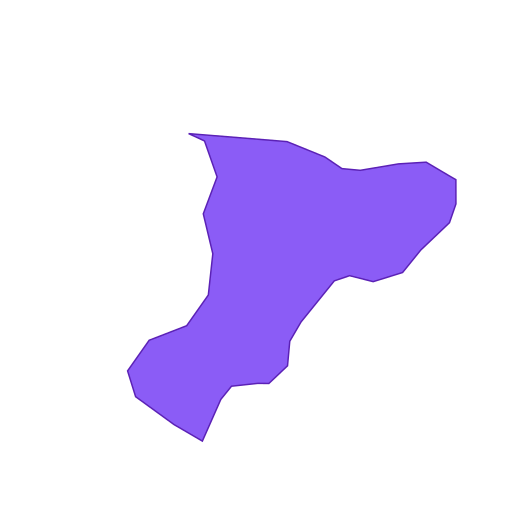 Guri-si, Gyeonggi, South Korea, rotated 219°
{"feature_id": "91817680B5684950588758", "entity_name": "Guri-si", "entity_type": "district", "adm_level": 2, "iso_a3": "KOR", "parent_name": "South Korea", "parent_adm1": "Gyeonggi", "projection": "orthographic", "projection_center": [127.129, 37.591], "detail": "fine", "context": "isolated", "style": "filled", "palette": "violet", "viewbox_px": 512, "rotation_deg": 219, "n_neighbors": 0, "source": "geoboundaries", "source_scale": "gbopen_adm2", "svg_char_len": 598}
<svg xmlns="http://www.w3.org/2000/svg" viewBox="0 0 512 512"><g transform="rotate(219 256 256)"><path d="M181.2,78.4L193.1,122.4L193.1,139.4L174.4,158.2L165.8,165.0L162.4,190.5L176.1,211.0L179.5,233.1L179.5,286.0L170.9,299.6L148.8,309.8L131.7,335.4L131.7,355.8L131.7,364.4L126.6,403.6L133.4,422.3L148.7,441.1L157.0,439.8L182.8,436.0L203.3,417.2L228.9,388.2L244.2,378.0L264.7,376.3L303.9,364.4L385.4,308.7L368.4,313.0L336.0,293.0L323.5,255.6L291.0,230.6L268.5,195.7L266.0,158.2L286.0,123.3L283.5,85.9L261.0,70.9L213.6,73.4L181.2,78.4Z" fill="#8b5cf6" stroke="#5b21b6" stroke-width="1.5"/></g></svg>